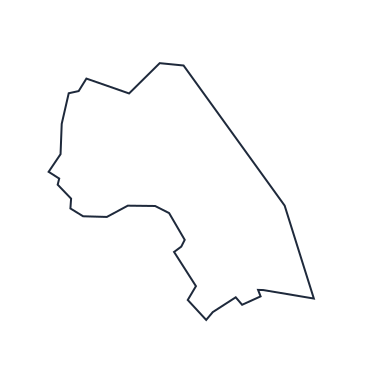 Yirol East, Lakes, South Sudan (Mercator projection), rotated 14°
{"feature_id": "79223893B59833655345818", "entity_name": "Yirol East", "entity_type": "district", "adm_level": 2, "iso_a3": "SSD", "parent_name": "South Sudan", "parent_adm1": "Lakes", "projection": "mercator", "projection_center": [30.77, 6.774], "detail": "fine", "context": "isolated", "style": "outline", "palette": "slate", "viewbox_px": 384, "rotation_deg": 14, "n_neighbors": 0, "source": "geoboundaries", "source_scale": "gbopen_adm2", "svg_char_len": 560}
<svg xmlns="http://www.w3.org/2000/svg" viewBox="0 0 384 384"><g transform="rotate(14 192 192)"><path d="M336.0,265.9L318.3,237.0L285.2,182.8L153.2,71.3L129.5,74.8L107.1,111.6L62.1,107.5L57.6,121.5L48.5,126.0L49.1,157.4L55.3,187.1L48.0,207.1L59.9,211.1L59.9,217.4L76.3,227.7L78.0,237.4L92.2,241.9L115.4,236.8L133.0,220.8L159.6,214.5L174.9,218.0L196.5,240.2L194.8,247.6L189.1,254.5L218.6,282.4L214.0,297.8L236.7,312.7L241.2,303.5L259.9,283.6L267.9,289.3L283.8,276.7L279.8,271.0L284.9,269.9L336.0,265.9Z" fill="none" stroke="#1e293b" stroke-width="2"/></g></svg>